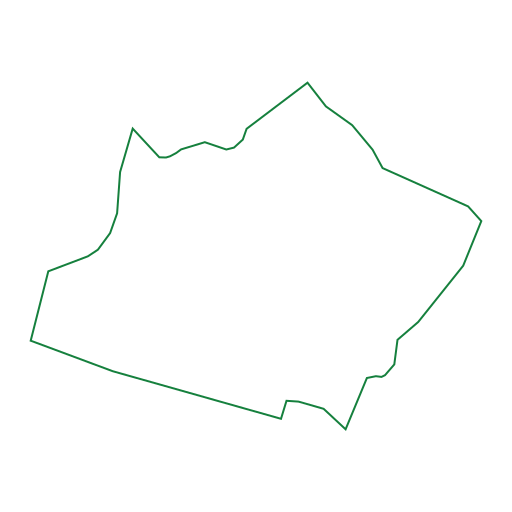 the border of Slovenj Gradec
{"feature_id": "SVN-991", "entity_name": "Slovenj Gradec", "entity_type": "Statistical Region", "adm_level": 1, "iso_a3": "SVN", "parent_name": "Slovenia", "parent_adm1": "", "projection": "robinson", "projection_center": [15.077, 46.496], "detail": "fine", "context": "isolated", "style": "outline", "palette": "green", "viewbox_px": 512, "rotation_deg": 0, "n_neighbors": 0, "source": "natural_earth", "source_scale": "10m", "svg_char_len": 601}
<svg xmlns="http://www.w3.org/2000/svg" viewBox="0 0 512 512"><path d="M48.3,271.3L87.9,256.3L97.9,249.7L110.1,233.1L117.1,213.3L120.1,172.0L132.7,128.6L159.3,157.3L166.0,157.5L170.0,156.3L176.2,153.0L181.1,149.4L204.8,142.2L226.3,149.5L234.0,147.6L242.8,139.6L246.6,128.8L307.5,82.7L325.9,106.4L352.2,125.2L372.6,149.7L382.6,168.1L468.1,206.4L481.3,221.1L463.2,265.7L418.2,322.0L397.5,339.8L394.3,364.4L385.0,375.2L381.5,376.9L375.9,376.2L366.9,378.0L345.6,429.3L323.6,408.8L298.5,401.6L286.5,400.8L281.0,418.8L112.7,371.2L30.7,340.7L48.3,271.3Z" fill="none" stroke="#15803d" stroke-width="2"/></svg>